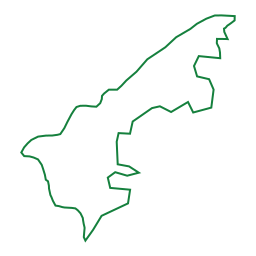 the district of Akkurgan, Tashkent, Uzbekistan
{"feature_id": "79887680B10165721529704", "entity_name": "Akkurgan", "entity_type": "district", "adm_level": 2, "iso_a3": "UZB", "parent_name": "Uzbekistan", "parent_adm1": "Tashkent", "projection": "albers", "projection_center": [69.03, 40.803], "detail": "fine", "context": "isolated", "style": "outline", "palette": "green", "viewbox_px": 256, "rotation_deg": 0, "n_neighbors": 0, "source": "geoboundaries", "source_scale": "gbopen_adm2", "svg_char_len": 1336}
<svg xmlns="http://www.w3.org/2000/svg" viewBox="0 0 256 256"><path d="M176.2,37.2L165.3,47.3L147.3,59.3L136.5,71.7L126.3,80.5L121.4,85.8L117.1,89.7L108.8,89.7L104.0,93.6L102.0,95.9L101.8,99.1L100.2,103.2L96.4,106.7L91.3,106.4L85.8,105.7L80.3,105.8L76.5,107.0L74.1,110.1L71.5,114.2L67.4,121.9L64.3,128.2L60.3,134.1L57.5,134.8L52.4,135.5L46.0,135.6L38.1,136.6L31.4,139.9L27.6,143.4L24.1,147.4L21.3,152.5L24.2,156.1L29.6,156.4L33.6,157.5L38.0,159.4L41.7,164.8L43.0,168.6L44.9,174.8L45.8,179.7L48.0,181.3L48.9,185.7L49.0,188.5L50.4,195.0L51.4,197.0L52.9,200.8L55.5,205.6L58.9,206.1L62.3,207.1L64.6,207.5L71.7,207.9L75.4,208.4L77.8,210.3L80.5,213.3L82.8,218.0L83.0,219.8L83.7,223.9L84.4,226.8L84.6,227.9L83.8,237.1L85.4,240.6L93.1,229.8L101.6,215.8L128.0,203.4L130.1,189.7L110.2,187.9L107.8,177.6L115.2,172.2L127.2,175.7L138.8,172.7L129.1,166.4L117.7,164.3L116.7,141.7L118.6,133.1L130.0,133.7L132.7,121.5L152.0,108.1L159.9,106.3L171.1,112.0L188.0,102.0L193.2,112.5L211.3,107.6L213.6,89.6L209.1,79.2L197.1,76.4L194.0,66.0L198.8,56.1L220.2,58.2L220.0,52.6L219.3,48.4L217.2,44.1L216.8,43.1L216.9,41.3L217.0,38.9L226.2,39.0L227.6,39.1L224.3,31.9L224.0,28.6L225.5,27.8L227.4,25.6L228.8,24.7L231.2,23.0L234.6,20.4L234.7,16.1L221.6,15.4L214.7,15.5L206.3,18.7L196.9,23.8L190.4,28.9L176.2,37.2Z" fill="none" stroke="#15803d" stroke-width="2"/></svg>